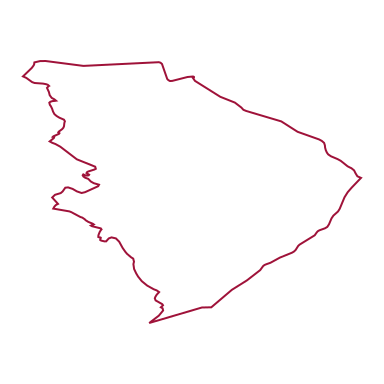 the border of North Karelia
{"feature_id": "FIN-3190", "entity_name": "North Karelia", "entity_type": "Province", "adm_level": 1, "iso_a3": "FIN", "parent_name": "Finland", "parent_adm1": "", "projection": "equal_earth", "projection_center": [29.553, 62.804], "detail": "fine", "context": "isolated", "style": "outline", "palette": "rose", "viewbox_px": 384, "rotation_deg": 0, "n_neighbors": 0, "source": "natural_earth", "source_scale": "10m", "svg_char_len": 2620}
<svg xmlns="http://www.w3.org/2000/svg" viewBox="0 0 384 384"><path d="M194.7,77.1L192.8,77.8L195.0,80.9L220.3,96.8L234.9,102.6L241.3,107.5L243.4,109.8L246.3,111.0L281.3,121.4L297.6,131.8L319.0,139.4L321.8,140.9L324.1,142.9L324.9,145.4L325.1,147.6L325.8,150.2L326.9,152.6L328.2,154.4L331.0,156.3L337.6,159.1L340.7,160.8L347.6,166.3L350.1,167.6L351.4,168.2L354.1,170.4L355.6,173.4L357.4,176.3L361.0,177.9L351.7,187.6L347.7,192.2L344.5,197.3L339.7,208.8L338.0,211.5L333.4,215.6L331.5,218.4L329.0,224.3L327.3,226.9L325.0,228.3L319.4,230.3L317.7,231.3L316.6,232.6L314.7,235.3L299.6,244.6L298.2,245.9L295.6,250.0L293.9,251.6L292.0,252.7L279.9,257.6L270.4,262.8L266.4,264.2L264.5,265.0L263.1,266.1L260.2,270.1L246.9,280.4L231.9,289.8L211.3,307.3L211.2,307.3L201.9,307.5L149.2,323.0L158.8,315.7L163.1,310.5L162.6,308.3L160.9,307.3L163.0,305.3L162.3,304.2L155.6,300.4L154.8,298.3L155.4,296.8L156.7,294.7L159.1,292.1L156.7,290.4L153.6,289.2L147.2,285.6L141.8,281.2L138.1,276.6L136.2,273.4L134.1,269.0L133.4,264.1L134.0,261.7L133.2,258.6L131.1,257.3L127.1,253.9L125.4,251.9L122.6,247.9L119.2,241.7L115.9,238.4L111.5,237.4L108.8,238.4L106.6,240.8L106.3,241.3L104.6,241.4L101.2,240.6L100.2,240.0L100.2,239.7L100.8,237.8L100.5,237.5L99.3,237.4L98.6,237.1L98.3,237.0L98.4,235.4L98.8,234.2L99.7,232.0L100.8,230.2L101.5,229.4L100.8,228.4L92.0,226.2L91.0,225.6L93.7,224.4L92.7,223.7L88.3,221.9L85.6,220.2L84.8,219.3L82.3,217.6L80.4,217.0L71.2,212.1L69.4,211.4L53.3,208.6L54.4,206.6L55.7,205.2L56.4,204.7L58.0,203.9L52.2,197.5L55.0,194.8L60.7,193.1L62.6,191.5L65.3,187.7L68.1,187.4L72.6,188.9L76.9,191.4L81.6,193.0L85.0,192.2L98.2,186.2L99.0,184.7L93.8,183.2L90.8,181.5L88.3,178.9L85.1,177.7L83.4,176.5L82.7,175.3L83.3,174.4L84.1,174.8L85.8,175.5L87.7,175.5L88.7,175.3L89.1,174.7L88.6,174.4L86.9,173.4L86.5,173.1L87.2,172.0L88.5,171.4L94.5,169.5L95.8,168.8L95.2,166.7L76.8,159.3L60.3,146.7L55.4,144.0L52.2,142.8L49.7,141.4L53.8,138.1L54.1,137.3L52.8,136.9L53.4,136.3L58.9,133.9L59.4,133.2L59.1,133.0L58.3,132.4L58.7,131.7L62.2,129.1L63.4,127.7L64.0,126.2L64.3,123.4L64.5,122.4L64.9,121.3L64.0,119.7L59.4,117.7L56.6,116.0L54.4,114.1L53.0,111.5L52.1,108.7L50.8,106.1L49.9,104.9L49.3,102.7L50.3,101.8L52.4,101.1L54.8,100.9L56.0,100.7L54.3,99.3L51.7,97.9L49.7,95.2L48.9,92.0L47.0,87.9L48.6,86.1L49.0,85.9L47.8,84.8L46.1,84.2L43.0,83.6L34.6,83.0L32.1,82.1L26.3,77.9L23.0,76.4L31.8,67.9L33.3,65.9L34.1,64.6L34.3,62.9L34.4,62.4L40.0,61.1L45.5,61.0L83.4,65.9L158.8,62.2L160.5,62.7L162.0,64.0L167.2,78.9L168.0,79.8L169.6,80.9L170.4,81.0L172.2,80.9L187.5,77.0L193.0,76.5L194.6,77.1L194.7,77.1Z" fill="none" stroke="#9f1239" stroke-width="2"/></svg>